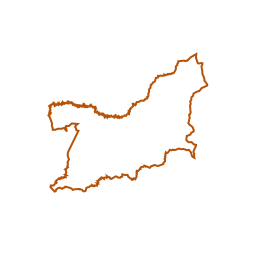 La Jagua De Ibirico, Cesar, Colombia, rotated 331°
{"feature_id": "7082276B29749803006962", "entity_name": "La Jagua De Ibirico", "entity_type": "district", "adm_level": 2, "iso_a3": "COL", "parent_name": "Colombia", "parent_adm1": "Cesar", "projection": "robinson", "projection_center": [-73.393, 9.559], "detail": "fine", "context": "isolated", "style": "outline", "palette": "amber", "viewbox_px": 256, "rotation_deg": 331, "n_neighbors": 0, "source": "geoboundaries", "source_scale": "gbopen_adm2", "svg_char_len": 5761}
<svg xmlns="http://www.w3.org/2000/svg" viewBox="0 0 256 256"><g transform="rotate(331 128 128)"><path d="M171.6,186.3L172.4,184.0L173.4,183.0L173.6,180.8L174.4,179.8L179.0,176.4L179.4,175.7L177.7,174.4L176.7,171.1L174.2,169.9L173.2,167.4L173.2,166.7L175.5,163.5L179.4,164.0L180.8,162.9L183.8,162.8L184.3,162.2L184.9,159.2L184.6,157.5L183.3,154.8L183.2,153.0L186.9,149.0L187.8,146.1L188.9,146.0L190.2,145.0L193.1,138.5L194.6,137.3L195.2,135.0L196.8,134.2L198.5,131.8L200.4,131.5L202.1,129.6L206.6,129.7L208.3,130.3L211.7,128.8L217.7,129.3L218.3,128.7L218.3,126.3L217.8,123.7L218.9,121.2L219.3,116.6L220.4,114.8L222.1,109.8L223.8,108.5L224.5,107.5L223.5,106.7L220.8,105.7L220.5,105.2L221.5,99.5L223.6,96.4L216.7,96.6L212.5,97.9L212.2,97.5L210.7,97.4L209.6,96.2L204.2,94.0L203.4,95.3L202.2,95.8L201.7,96.8L200.4,97.0L199.3,97.9L198.8,99.2L197.2,100.7L194.6,102.1L193.4,101.9L193.2,101.4L191.5,101.6L190.3,100.6L189.6,100.9L188.8,100.0L187.7,100.4L187.1,99.9L185.7,99.9L185.4,98.8L184.7,99.4L183.4,99.1L181.6,97.8L180.5,97.8L179.6,97.0L178.6,98.4L176.6,97.7L174.5,100.0L173.3,100.4L172.3,100.2L170.7,101.0L169.8,101.1L169.2,101.7L168.5,101.6L167.2,103.7L165.8,104.1L164.8,104.9L164.2,106.4L162.1,108.1L162.1,108.8L161.0,110.2L159.9,110.1L159.7,111.0L159.1,111.4L157.4,111.0L156.9,111.5L156.4,111.2L154.9,111.8L152.8,110.4L150.2,110.4L148.3,109.6L147.1,110.2L146.5,111.2L145.4,111.6L144.6,109.4L143.9,109.1L143.2,111.4L139.3,112.2L139.2,112.9L138.1,113.0L137.7,114.1L136.8,113.5L136.6,114.1L136.9,114.6L136.2,114.7L136.5,115.2L135.8,116.2L135.6,115.8L135.1,116.0L133.5,115.5L132.2,116.4L131.1,115.3L129.9,115.7L128.3,115.0L128.1,115.4L127.5,115.2L127.3,115.7L127.0,115.5L127.0,115.9L126.2,114.3L126.1,114.8L125.5,114.8L125.5,115.8L124.7,113.9L124.8,112.9L123.6,112.9L123.4,113.3L122.8,112.3L123.4,110.7L122.9,110.7L122.3,111.7L121.2,111.0L120.9,111.9L119.5,109.9L118.3,109.6L118.9,108.9L117.0,108.2L116.5,108.6L116.2,108.0L115.8,108.3L116.0,107.6L116.6,107.5L116.4,107.0L114.6,107.5L112.7,107.5L113.0,106.1L113.6,107.0L113.7,106.4L114.3,105.8L112.3,104.6L113.4,104.0L113.2,103.3L111.9,102.5L111.3,102.9L110.3,102.5L109.5,102.7L109.2,102.3L109.9,101.4L109.3,101.2L109.9,100.3L108.8,99.7L109.0,98.8L108.0,99.1L107.7,97.7L107.4,98.4L106.8,98.2L107.1,97.2L108.1,96.4L108.3,95.3L108.8,95.7L109.4,95.6L109.6,94.3L108.4,94.9L109.3,93.6L108.4,93.0L108.3,93.9L107.6,92.8L107.1,92.8L106.9,89.6L106.2,89.7L106.3,90.6L105.4,90.4L105.2,90.7L104.2,89.9L102.9,90.1L102.6,89.5L103.1,89.2L102.9,88.9L102.0,89.5L101.5,88.9L101.0,88.9L101.3,88.1L100.8,88.1L101.0,87.6L100.4,87.4L101.2,86.8L101.2,85.5L100.8,85.3L99.2,86.8L99.2,87.3L98.7,86.7L98.9,86.2L98.2,86.1L97.7,86.4L97.8,86.8L97.4,86.6L97.1,86.0L97.3,85.4L97.9,85.9L97.2,85.0L97.6,84.5L96.4,85.0L95.5,84.8L95.1,85.9L94.1,85.4L94.4,84.5L94.0,84.1L95.1,84.1L95.3,83.7L93.8,82.9L93.7,82.3L92.9,81.6L92.5,81.7L92.6,82.5L92.2,82.4L92.1,81.0L91.2,80.9L91.7,79.9L90.5,79.1L91.1,78.6L90.7,78.4L90.8,78.0L89.7,77.8L89.2,77.1L88.5,77.5L88.6,76.6L88.0,76.3L88.6,75.8L88.3,75.5L87.8,75.7L87.3,77.2L84.9,75.4L84.7,76.1L83.9,76.0L83.5,73.8L82.8,74.6L82.3,74.0L81.8,74.6L82.0,75.5L81.2,75.7L81.0,75.1L81.3,74.5L80.2,74.4L80.4,74.0L80.0,73.5L79.0,73.4L79.2,72.9L79.0,73.0L79.0,73.7L78.4,74.0L78.4,72.9L77.9,73.4L77.5,72.7L76.6,73.0L76.2,72.4L75.9,73.2L75.5,73.2L75.9,72.8L75.8,72.2L74.9,72.4L75.7,70.7L75.0,69.7L73.5,70.9L72.2,70.6L72.1,70.2L71.4,70.3L70.7,71.8L70.2,71.4L70.4,70.6L69.6,70.7L70.1,72.5L69.0,73.1L69.0,74.8L68.3,75.4L66.8,75.1L67.8,75.9L67.2,77.0L67.7,77.6L66.2,78.3L65.9,77.5L65.4,78.3L64.6,78.4L64.8,80.7L63.8,87.2L62.6,88.9L62.0,91.8L61.3,93.1L63.3,94.2L66.6,94.8L69.7,96.5L72.1,96.9L72.8,101.4L74.3,96.5L75.1,96.3L77.3,97.6L81.0,96.8L85.9,100.0L83.8,100.5L82.3,101.3L82.4,102.6L81.8,105.0L83.3,106.4L63.6,120.2L61.7,123.2L61.2,126.8L58.3,128.8L58.0,130.3L56.8,132.0L56.4,132.0L56.5,133.2L53.4,133.6L53.9,134.1L52.9,134.8L52.6,137.0L51.1,138.1L51.1,138.7L50.6,138.5L51.0,139.3L50.2,138.9L49.7,140.8L48.7,140.0L47.6,140.9L48.0,140.0L47.3,139.7L47.0,140.0L46.1,139.0L45.7,139.5L45.6,139.0L44.1,139.3L43.8,138.9L43.5,139.6L42.4,138.8L40.0,139.2L39.2,140.2L39.0,141.3L38.5,141.5L37.9,141.2L37.9,140.7L37.4,141.3L35.2,142.2L33.1,141.1L33.1,141.6L31.9,141.5L31.5,142.2L33.1,148.1L34.3,148.1L35.3,147.0L38.0,146.6L39.5,147.2L40.9,149.3L42.5,149.0L43.9,149.4L44.4,148.9L45.0,149.0L48.8,152.9L49.4,154.0L49.6,155.3L51.2,155.6L55.3,157.4L55.7,158.1L56.4,158.1L57.9,160.0L58.2,161.6L59.5,162.4L60.6,162.3L62.7,160.1L65.5,160.7L67.1,160.4L68.1,161.0L68.7,160.3L69.5,162.1L70.5,161.8L70.7,162.6L72.1,162.7L72.8,163.3L73.0,162.8L73.8,162.6L73.5,162.4L74.2,161.7L74.1,161.3L75.0,161.9L75.0,161.3L75.9,160.9L75.6,159.7L76.2,160.0L77.4,159.1L77.7,159.5L79.1,159.6L79.0,158.8L80.7,158.3L82.2,160.6L82.4,159.7L83.0,160.2L84.3,160.2L85.1,161.3L85.5,160.8L86.3,160.9L86.4,160.3L86.6,160.8L87.6,160.9L87.0,160.9L87.0,161.3L87.9,162.0L88.2,163.2L87.8,163.5L88.7,164.5L93.7,164.3L94.8,165.4L95.0,166.2L96.9,167.7L98.0,167.3L99.3,167.8L100.5,165.8L103.1,168.0L104.9,168.8L104.6,170.7L105.6,173.2L106.5,174.0L106.2,175.1L107.8,175.7L108.2,175.5L108.2,174.9L108.8,174.8L109.6,176.3L112.0,174.6L112.4,173.6L113.2,172.9L113.4,171.8L114.1,171.6L114.2,170.4L114.9,169.7L115.5,170.4L116.7,170.4L118.1,169.7L119.1,170.0L119.6,168.8L120.8,168.6L122.7,169.4L123.9,168.7L124.6,169.4L124.6,170.3L125.7,170.6L127.6,173.3L128.4,173.4L129.6,172.6L130.9,173.1L132.2,173.0L133.2,173.2L135.8,175.8L141.4,176.7L141.9,175.8L144.3,175.0L145.1,173.6L145.0,172.7L146.3,172.1L146.3,171.0L147.7,170.1L147.7,169.3L149.3,167.6L149.9,168.8L151.2,168.8L154.1,167.4L155.2,168.6L156.9,168.7L157.4,169.5L158.8,170.1L162.6,170.7L164.3,172.4L166.3,173.1L168.8,176.0L170.6,176.6L171.2,179.9L170.4,183.5L170.5,184.5L171.6,186.3Z" fill="none" stroke="#b45309" stroke-width="2"/></g></svg>